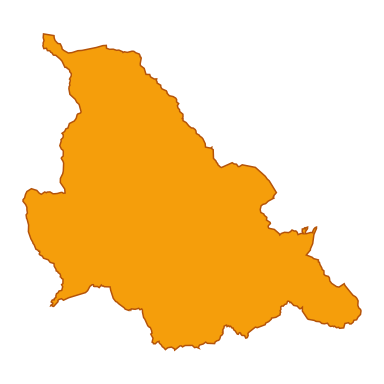 outline of Bisoca, Buzau, Romania
{"feature_id": "2599482B15447041299262", "entity_name": "Bisoca", "entity_type": "district", "adm_level": 2, "iso_a3": "ROU", "parent_name": "Romania", "parent_adm1": "Buzau", "projection": "albers", "projection_center": [26.695, 45.563], "detail": "fine", "context": "isolated", "style": "filled", "palette": "amber", "viewbox_px": 384, "rotation_deg": 0, "n_neighbors": 0, "source": "geoboundaries", "source_scale": "gbopen_adm2", "svg_char_len": 5850}
<svg xmlns="http://www.w3.org/2000/svg" viewBox="0 0 384 384"><path d="M241.0,334.4L242.0,335.4L244.6,335.6L245.7,338.1L246.8,337.9L247.4,337.4L248.2,335.4L247.9,333.6L248.6,332.5L255.4,327.1L257.2,327.7L265.2,324.7L265.7,323.1L268.7,321.6L271.3,319.2L271.6,318.1L275.9,317.3L280.1,314.8L280.1,313.3L280.7,312.2L280.1,310.8L280.9,309.4L280.7,307.0L282.0,305.9L283.1,306.2L284.8,304.4L286.6,303.9L287.4,301.6L288.0,301.1L289.6,301.6L290.0,302.6L290.9,302.3L293.7,305.4L297.2,306.1L299.6,308.7L300.7,308.7L302.4,307.2L302.4,311.1L307.4,318.6L308.2,319.3L314.2,320.4L316.1,321.4L319.7,321.7L321.8,323.4L324.3,323.8L327.5,323.2L329.2,325.7L330.5,326.4L332.9,326.1L333.7,326.7L334.6,326.2L336.5,327.7L338.7,327.3L339.5,328.3L343.7,327.9L344.9,323.5L348.5,322.7L349.6,323.9L351.2,323.9L353.1,322.3L353.9,320.3L356.6,319.8L358.0,317.1L360.5,314.5L361.0,310.9L360.5,309.4L358.8,307.9L357.8,305.3L358.1,300.9L356.8,298.3L355.5,296.8L353.0,295.3L350.9,292.8L344.9,285.4L344.2,283.7L339.0,287.1L336.5,286.6L331.7,283.4L329.8,280.9L329.4,277.9L328.4,276.4L325.4,275.6L324.0,274.4L323.9,270.8L322.1,269.4L321.9,268.1L319.9,264.4L319.4,262.3L318.4,261.9L318.4,259.9L313.6,258.6L312.2,257.3L306.3,255.0L310.4,250.0L310.4,248.9L312.7,243.6L313.9,234.6L316.5,228.4L316.5,227.1L315.2,227.6L313.8,229.1L312.8,231.2L312.7,232.7L311.0,232.4L305.9,233.8L305.3,233.5L305.6,231.4L307.5,228.7L307.6,227.1L305.5,227.9L305.2,228.6L304.8,227.8L304.4,228.0L303.9,228.8L302.3,229.0L302.2,231.6L303.5,233.7L301.2,233.4L298.0,234.6L297.2,232.3L295.8,230.9L294.5,231.1L292.0,230.0L290.5,231.6L288.6,232.6L284.5,232.3L281.2,233.5L279.8,235.0L279.3,233.8L274.3,229.4L268.9,228.3L268.1,226.8L268.4,225.6L270.4,223.6L270.1,222.4L266.5,220.0L266.8,217.4L264.4,215.4L263.8,214.0L260.8,212.5L260.2,209.6L261.1,205.8L262.9,204.4L265.7,203.6L268.3,201.1L273.9,198.1L273.1,197.2L273.8,196.5L273.8,195.7L276.4,192.6L269.2,180.8L267.2,179.0L265.3,176.3L255.4,167.4L242.2,164.8L239.5,166.5L238.2,166.6L236.5,164.2L234.0,163.9L232.2,162.7L221.5,167.5L220.3,167.0L217.8,164.6L217.6,163.5L216.5,162.4L215.9,160.9L213.5,158.4L213.2,149.7L211.7,148.6L211.8,147.3L210.5,148.1L205.5,147.1L205.2,143.7L202.9,138.8L201.7,137.4L200.0,136.3L199.2,135.1L196.3,133.5L195.9,130.8L195.2,129.6L193.3,128.1L191.3,127.9L188.8,125.9L186.2,122.6L183.0,120.7L183.0,118.6L182.3,118.5L183.0,117.0L182.9,114.2L179.7,111.5L179.5,109.6L177.9,107.8L177.4,105.6L178.7,103.6L176.6,101.9L176.6,99.5L175.7,98.1L173.2,96.6L169.3,95.7L167.0,93.1L167.1,92.3L166.3,90.8L162.0,88.9L160.9,87.2L160.7,85.2L157.2,83.1L156.9,81.4L156.3,80.6L156.7,78.9L154.2,79.0L151.7,77.6L150.5,76.8L149.7,74.5L146.0,74.4L144.2,68.4L140.4,65.5L140.2,63.8L141.2,58.1L140.9,57.2L140.2,56.9L139.9,55.2L139.2,54.0L135.9,52.8L133.8,51.3L132.0,51.2L127.3,52.4L124.3,51.8L123.0,52.5L122.6,51.7L118.9,50.1L116.5,50.3L113.3,49.2L109.4,49.3L106.5,48.2L106.3,45.4L102.9,45.6L96.3,47.5L82.1,50.4L77.9,50.7L72.0,52.6L68.3,53.0L63.7,50.4L62.0,48.8L61.9,47.3L60.3,43.9L57.7,43.4L55.1,40.5L54.2,38.0L54.0,35.6L43.5,33.9L43.2,37.7L44.0,40.6L43.1,43.1L43.3,44.1L42.9,45.8L43.8,48.6L46.5,48.3L47.4,50.6L49.8,50.8L50.7,52.2L51.8,52.7L53.4,55.1L55.8,55.3L60.0,58.9L62.0,61.1L64.9,67.3L66.6,67.4L67.2,68.4L68.8,69.3L69.6,70.4L69.8,71.8L71.3,73.6L71.2,76.0L69.5,79.1L70.1,79.6L70.3,80.8L69.5,83.4L69.9,85.3L69.1,86.6L68.9,88.8L69.9,94.4L75.2,99.3L76.7,102.2L79.1,104.4L81.1,111.8L80.5,113.0L77.7,114.0L77.1,114.8L76.2,118.3L74.3,121.0L69.4,123.5L67.9,128.1L65.9,128.8L64.6,131.5L62.0,133.3L63.2,134.7L63.2,136.8L62.9,137.7L61.0,139.6L61.2,141.1L59.8,145.7L61.4,149.1L62.9,150.2L63.3,151.4L63.2,156.0L61.5,157.6L61.3,158.5L63.1,161.4L63.6,163.2L63.5,166.2L63.3,171.1L62.7,173.8L60.4,178.4L60.3,182.5L64.7,189.0L65.1,193.0L63.4,193.3L62.1,192.4L61.2,192.4L57.3,193.5L53.9,193.8L52.9,193.7L50.0,191.9L47.2,192.1L46.4,192.7L44.7,192.0L41.3,194.3L39.3,193.2L36.8,190.4L31.4,188.7L26.9,191.5L25.5,194.4L24.6,197.9L23.1,199.6L23.0,201.3L25.7,204.6L26.9,207.4L26.9,209.6L27.4,213.1L26.1,214.9L26.6,218.5L27.1,219.2L28.6,225.0L28.4,231.7L30.9,238.9L32.8,242.3L33.0,243.3L34.1,244.7L35.9,249.2L37.9,250.2L38.6,251.3L39.6,251.2L39.8,252.4L39.2,254.0L39.9,254.9L42.4,256.2L43.5,258.2L48.2,259.8L50.2,262.4L54.0,263.5L54.2,266.2L56.0,269.3L56.2,270.9L57.7,271.5L58.1,272.6L59.9,273.8L60.6,275.4L60.2,276.8L61.2,277.4L61.6,278.4L63.0,279.2L62.9,283.6L61.6,284.6L62.7,286.7L61.7,290.4L59.0,291.0L58.0,292.8L56.5,293.7L55.9,295.8L55.9,297.5L54.3,298.5L54.2,299.8L52.3,300.0L51.4,301.4L51.2,302.0L52.8,303.1L52.7,304.1L50.9,305.2L50.7,305.8L51.9,305.4L52.9,306.4L53.7,306.4L58.0,301.7L57.9,300.4L59.0,299.5L61.4,298.7L63.5,300.2L68.8,297.7L85.5,292.6L87.6,290.7L89.9,286.4L92.1,284.7L93.4,284.7L93.7,286.3L94.2,286.5L97.5,286.5L99.2,287.6L101.3,285.0L102.2,286.1L103.1,285.9L104.3,286.7L110.1,286.9L110.7,290.3L113.3,298.4L115.7,301.5L116.8,301.9L118.9,303.9L124.2,307.8L125.1,309.1L129.0,310.5L129.3,309.8L130.4,309.6L130.8,310.1L131.3,308.9L135.2,309.3L138.8,308.3L140.0,309.7L141.7,308.9L142.4,310.0L142.5,312.3L143.6,317.5L144.9,319.3L147.8,325.8L149.3,327.2L150.2,327.4L151.5,330.3L152.0,333.2L150.8,334.1L153.0,338.2L152.1,342.2L153.4,343.0L153.5,343.7L155.3,343.8L157.4,341.8L159.0,341.4L158.9,342.2L159.6,343.4L161.1,344.7L162.4,346.8L163.6,347.5L165.4,349.6L167.8,347.7L171.5,347.1L174.4,348.8L174.7,350.1L180.0,345.9L181.2,345.8L182.5,346.9L185.0,345.5L192.3,345.4L194.6,347.6L196.5,347.2L198.9,348.2L198.4,347.4L199.5,345.1L203.2,344.0L205.7,342.1L207.3,343.3L214.6,343.6L215.1,342.1L216.9,340.8L218.7,340.3L219.8,338.9L220.6,336.0L222.2,334.8L223.0,333.4L223.0,332.6L222.5,332.3L223.1,331.1L222.7,329.9L223.9,328.0L224.2,326.1L226.1,325.2L226.6,325.1L227.0,326.6L228.7,325.7L229.4,326.7L230.6,326.2L232.0,328.0L233.1,328.0L233.8,329.9L235.1,330.8L237.3,334.1L238.3,334.3L239.3,332.7L239.8,332.6L240.7,333.3L241.0,334.4Z" fill="#f59e0b" stroke="#b45309" stroke-width="1.5"/></svg>